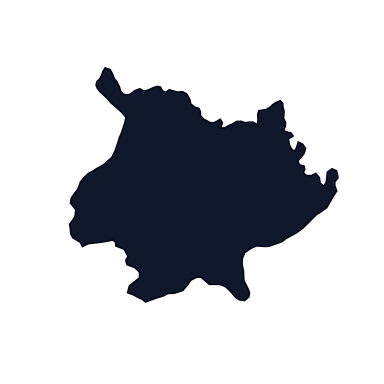 the district of Araporã, Minas Gerais, Brazil, rotated 204°
{"feature_id": "56859067B27998656186706", "entity_name": "Araporã", "entity_type": "district", "adm_level": 2, "iso_a3": "BRA", "parent_name": "Brazil", "parent_adm1": "Minas Gerais", "projection": "natural_earth1", "projection_center": [-49.124, -18.476], "detail": "fine", "context": "isolated", "style": "filled", "palette": "ink", "viewbox_px": 384, "rotation_deg": 204, "n_neighbors": 0, "source": "geoboundaries", "source_scale": "gbopen_adm2", "svg_char_len": 2641}
<svg xmlns="http://www.w3.org/2000/svg" viewBox="0 0 384 384"><g transform="rotate(204 192 192)"><path d="M270.0,97.5L265.8,102.5L254.5,109.2L249.0,112.8L245.1,115.7L241.7,115.2L239.6,111.7L230.6,112.1L224.3,107.1L224.7,102.5L221.8,99.1L213.9,99.7L210.1,98.5L207.2,97.1L205.1,92.3L211.1,80.8L209.9,73.8L203.3,74.2L198.5,73.7L194.1,73.7L189.8,72.6L180.8,81.2L175.8,85.5L172.7,89.5L166.9,92.3L160.3,98.3L158.0,106.3L157.2,111.0L153.0,116.1L149.0,117.9L145.3,116.6L138.7,114.7L135.3,116.1L130.0,118.5L126.0,119.2L122.0,118.9L115.8,116.5L108.8,113.3L105.0,112.7L99.7,114.3L97.4,119.3L98.4,123.3L100.8,125.8L104.5,129.0L108.3,132.0L110.5,136.0L113.0,141.1L115.1,143.8L117.4,147.5L119.0,152.1L119.1,158.0L116.3,162.9L113.9,166.1L111.0,169.0L102.7,172.1L99.4,173.9L89.4,183.4L87.2,187.8L83.6,192.4L80.2,196.8L76.0,204.0L69.2,221.7L65.5,227.3L62.5,232.5L61.5,242.4L61.0,246.4L60.2,251.9L63.9,255.6L65.7,259.6L64.3,264.2L66.3,267.4L68.7,270.2L73.6,270.2L76.5,265.2L74.7,260.0L73.4,255.6L73.9,251.1L78.5,252.2L81.6,257.0L86.4,259.4L89.6,255.6L94.0,253.6L98.0,254.8L98.2,258.6L100.2,261.4L104.7,260.6L108.0,263.4L106.4,268.0L105.3,272.4L105.9,278.0L110.3,280.7L115.3,280.9L114.5,274.8L115.1,270.6L118.6,271.9L122.3,274.8L125.5,279.8L122.3,284.3L125.8,286.3L129.0,285.5L133.1,285.3L133.4,289.7L134.7,293.5L138.4,296.7L140.6,303.0L143.5,306.7L145.2,309.9L148.4,311.4L151.6,308.1L153.7,304.9L155.2,301.3L157.7,297.7L160.7,295.6L164.1,293.4L163.5,289.5L161.1,284.9L159.6,280.1L164.7,280.7L168.8,278.8L171.5,276.9L176.0,276.6L180.0,274.6L182.7,270.5L185.6,267.6L188.0,264.0L191.7,262.2L192.3,267.6L195.8,270.0L198.0,266.8L200.4,264.0L203.5,262.8L207.7,263.2L211.1,263.3L215.2,265.2L217.2,269.1L219.7,271.2L224.0,270.7L228.9,272.0L232.1,276.2L236.8,279.5L241.5,279.8L245.9,277.4L251.0,276.6L254.4,276.2L256.5,272.3L260.2,272.5L263.6,275.1L266.7,274.4L270.2,271.2L273.3,267.6L276.7,264.7L281.7,265.1L285.6,261.2L288.3,256.2L291.3,254.0L294.6,253.6L297.9,254.8L301.2,258.7L305.6,262.3L308.9,263.8L312.3,267.3L316.6,270.6L321.9,270.1L322.4,265.8L322.1,261.9L322.4,257.6L323.8,254.2L323.1,250.5L320.7,248.2L316.4,246.0L311.3,244.3L307.0,242.8L302.9,240.7L298.9,239.5L294.9,238.2L290.5,236.8L286.9,235.4L282.7,233.2L281.6,228.1L281.1,223.5L280.5,217.4L280.5,212.2L279.9,207.8L279.5,203.4L279.0,198.0L279.4,190.6L281.7,186.0L283.3,182.0L286.0,178.0L288.8,174.4L291.3,170.5L294.2,166.9L296.4,161.5L298.0,155.9L297.6,151.2L297.6,147.1L298.8,143.0L299.8,137.2L298.6,132.4L294.6,130.4L290.9,128.4L289.0,122.1L289.6,117.7L290.7,112.7L287.9,108.5L285.7,104.3L282.3,101.7L277.6,101.1L273.3,100.5L270.0,97.5Z" fill="#0f172a" stroke="#020617" stroke-width="1.5"/></g></svg>